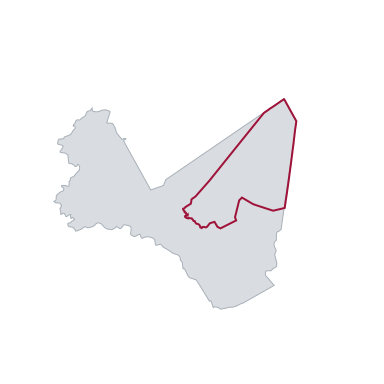 Tombouctou, Timbuktu, Mali shown in context, rotated 61°
{"feature_id": "8926073B54989133575544", "entity_name": "Tombouctou", "entity_type": "district", "adm_level": 2, "iso_a3": "MLI", "parent_name": "Mali", "parent_adm1": "Timbuktu", "projection": "robinson", "projection_center": [-3.022, 20.751], "detail": "fine", "context": "in_parent", "style": "outline", "palette": "rose", "viewbox_px": 384, "rotation_deg": 61, "n_neighbors": 0, "source": "geoboundaries", "source_scale": "gbopen_adm2", "svg_char_len": 6142}
<svg xmlns="http://www.w3.org/2000/svg" viewBox="0 0 384 384"><g transform="rotate(61 192 192)"><path d="M82.9,279.4L83.0,278.1L82.1,277.2L82.0,276.8L82.6,273.1L82.6,272.1L83.0,270.3L82.3,269.4L82.2,268.8L80.7,266.4L80.2,264.4L79.4,263.0L77.6,262.6L76.9,263.8L76.5,263.9L75.8,263.1L75.6,262.4L75.6,261.8L73.2,258.6L73.4,256.9L74.3,256.0L74.7,254.5L73.8,252.8L73.9,251.2L73.8,248.9L72.5,246.9L71.6,246.0L70.8,244.6L71.4,241.4L70.1,238.7L72.7,239.8L73.9,238.8L75.1,237.4L76.1,235.6L76.6,233.3L76.8,231.3L77.9,228.3L79.1,226.8L81.7,224.7L82.4,224.9L86.6,229.4L89.0,231.7L89.8,232.9L90.6,232.9L91.8,230.7L93.1,228.8L93.6,228.3L97.8,228.1L100.0,228.4L102.0,229.0L104.7,229.2L112.1,227.7L112.2,226.8L112.1,225.8L112.4,224.9L113.0,224.2L113.5,224.0L113.7,226.6L114.3,227.0L116.1,227.1L170.2,227.1L172.5,213.8L168.5,209.0L155.1,66.5L180.8,66.5L185.3,69.7L268.0,132.3L268.4,134.3L268.3,137.1L269.0,138.0L270.2,138.9L274.9,141.5L275.2,142.1L275.4,143.2L276.0,144.5L277.0,145.3L278.2,145.9L279.6,146.3L283.8,146.7L284.7,147.4L286.6,149.9L287.6,150.3L293.4,151.7L295.2,152.3L297.3,153.5L298.3,154.5L298.3,158.4L299.2,160.9L299.1,161.5L298.2,162.6L298.0,163.3L297.0,165.3L297.2,166.1L299.2,167.6L300.2,168.0L301.4,168.0L313.5,165.4L313.9,201.7L313.5,202.3L313.2,208.7L312.4,212.5L310.8,215.3L309.9,219.5L309.3,220.3L308.9,222.7L308.0,224.1L306.4,224.6L303.6,227.3L303.4,229.4L296.9,228.3L296.4,228.3L296.1,228.6L296.0,229.7L279.1,230.4L270.9,230.9L265.7,235.8L262.3,236.2L258.1,235.8L255.9,235.8L255.0,236.1L254.9,237.0L248.2,234.5L245.7,235.3L245.3,235.0L244.9,234.5L243.7,234.2L241.8,234.3L240.4,234.7L236.2,238.5L233.9,239.5L229.6,241.8L226.6,243.8L225.5,244.2L223.9,244.2L222.5,244.7L221.3,249.1L220.4,249.5L215.3,247.7L214.3,248.0L213.4,248.5L210.6,251.1L209.2,253.2L208.4,256.0L208.5,257.8L208.0,258.3L206.7,258.5L204.4,257.9L203.6,258.2L203.3,259.5L203.4,262.5L202.8,264.5L201.4,265.2L200.3,266.0L199.5,266.2L198.8,266.0L194.7,263.0L193.3,262.5L191.7,262.8L190.3,264.1L187.6,267.3L187.9,268.4L188.6,269.7L189.2,271.3L189.1,272.8L185.4,274.8L186.2,276.4L186.1,280.5L184.4,282.4L183.8,283.6L182.1,284.9L180.6,285.7L176.1,286.7L174.2,288.1L173.4,289.1L173.2,290.2L173.3,291.6L174.2,294.3L173.9,296.7L173.2,299.6L172.5,300.9L170.3,302.4L170.6,304.3L170.8,307.0L170.5,310.5L169.8,312.8L169.3,312.6L167.3,312.7L165.1,313.4L164.3,314.0L164.1,314.8L162.2,316.7L161.0,316.6L159.8,316.1L159.2,315.6L159.1,315.3L159.9,313.8L159.9,313.2L159.2,310.6L159.3,309.9L159.0,307.9L158.9,307.8L156.4,308.7L156.3,309.0L156.7,310.3L156.4,310.6L155.6,310.5L154.4,310.1L153.0,308.9L152.7,309.3L152.5,310.2L152.5,311.4L152.8,313.4L152.4,314.1L150.3,314.0L148.6,314.2L148.2,314.9L148.0,315.8L148.4,316.7L148.3,317.0L147.6,317.6L147.3,317.6L146.3,316.6L142.5,315.6L142.1,314.3L141.7,314.2L140.5,312.6L140.0,312.6L139.5,312.9L138.0,312.8L136.7,314.2L135.8,316.0L134.7,316.9L133.1,317.3L133.4,316.1L132.9,314.6L129.6,312.6L129.1,311.8L128.2,307.3L128.3,306.0L128.5,304.9L128.4,304.0L128.0,303.3L127.1,302.6L126.0,302.3L124.7,303.2L124.1,303.3L123.5,303.3L123.2,302.9L123.2,302.5L124.7,300.1L125.4,299.1L126.8,298.0L127.1,297.4L127.2,296.9L127.0,296.6L126.1,296.1L124.7,295.0L123.9,294.9L123.2,294.4L122.6,292.7L122.2,292.3L121.5,292.1L120.9,291.7L121.0,287.5L119.6,284.4L118.4,280.3L117.7,279.4L116.6,278.6L115.2,278.0L113.9,277.9L112.5,278.3L112.5,278.7L113.3,280.0L113.4,280.7L113.3,281.4L113.0,281.9L111.1,282.3L108.6,283.8L107.7,285.5L107.1,285.7L106.1,285.5L99.4,282.6L96.6,283.9L94.7,286.4L94.3,287.2L93.4,287.9L92.9,287.9L92.4,287.4L90.5,283.6L89.7,282.7L88.6,282.7L87.7,283.3L86.7,284.6L85.5,285.8L84.8,286.1L84.1,285.9L81.4,283.4L81.2,282.8L82.5,279.8L82.9,279.4Z" fill="#d9dde1" stroke="#a8b0b8" stroke-width="1"/><path d="M238.3,167.2L234.9,166.6L222.2,154.8L221.1,151.0L232.3,144.4L238.2,139.0L247.7,130.1L250.9,118.7L250.4,118.2L249.9,117.9L249.7,117.8L248.9,117.2L248.7,117.0L247.2,115.8L246.7,115.5L246.3,115.1L246.1,115.0L245.7,114.7L243.7,113.2L239.6,110.0L236.5,107.7L234.3,106.0L230.3,103.0L228.7,101.8L226.7,100.3L226.2,100.0L226.2,99.9L225.9,99.7L225.5,99.4L224.9,99.0L224.6,98.8L224.5,98.7L222.0,96.8L218.7,94.4L218.1,93.9L217.9,93.8L217.7,93.6L217.1,93.2L216.1,92.4L215.6,92.0L215.2,91.7L214.9,91.6L214.2,91.1L213.7,90.7L213.4,90.4L212.8,90.0L212.1,89.5L211.8,89.3L211.7,89.2L211.0,88.7L209.6,87.6L208.4,86.8L207.2,85.9L207.0,85.7L206.9,85.7L205.6,84.7L204.2,83.7L203.5,83.2L202.3,82.3L200.7,81.1L200.0,80.6L199.9,80.5L198.7,79.6L194.4,76.6L194.1,76.3L192.8,75.4L192.5,75.2L187.6,71.7L184.2,69.1L183.2,68.3L181.4,67.0L181.1,66.8L180.7,66.4L178.2,66.4L174.7,66.4L174.1,66.4L169.5,66.4L163.6,66.4L159.4,66.4L156.9,66.4L155.5,66.4L155.4,66.5L155.4,66.8L155.5,67.5L155.8,71.0L156.4,77.0L156.7,80.5L156.9,83.4L157.0,84.3L157.2,85.6L157.3,86.4L157.3,86.6L157.4,87.8L157.4,88.1L157.5,88.5L157.5,88.8L157.5,89.2L157.6,89.4L157.6,89.9L157.7,90.5L157.7,90.8L171.0,123.5L175.8,135.3L190.5,171.2L197.6,191.1L197.8,193.0L198.0,194.9L198.3,196.1L199.9,197.2L201.7,198.8L201.9,203.7L202.0,205.1L202.2,205.6L202.3,205.9L202.5,206.4L202.5,206.9L202.5,207.3L202.4,207.6L202.3,207.9L202.5,208.1L202.9,208.0L203.2,208.2L203.6,208.2L204.0,208.2L204.3,208.1L204.6,208.1L204.8,207.9L205.2,207.9L205.7,208.1L206.0,208.2L206.2,207.9L206.3,207.7L206.5,207.6L206.9,207.5L207.1,207.6L207.2,207.8L207.3,207.8L207.5,207.7L207.8,207.5L208.0,207.4L208.4,207.5L208.5,207.5L208.7,207.8L208.8,207.8L208.8,207.7L209.0,207.5L209.0,207.4L209.3,207.2L209.6,207.1L209.8,207.1L210.0,207.1L210.1,206.9L210.0,206.7L210.3,206.8L210.5,206.8L210.5,206.7L210.6,206.9L210.0,208.3L209.8,208.8L209.7,209.4L209.8,209.9L210.4,210.1L212.0,209.4L213.3,208.1L213.1,207.6L213.1,207.3L213.7,206.8L214.2,206.2L214.3,206.1L214.9,205.0L215.2,205.0L215.5,205.0L215.8,205.0L216.3,204.7L216.7,204.7L217.1,204.7L217.6,204.7L218.0,204.7L218.4,204.4L218.6,203.9L218.9,203.7L219.2,203.9L219.7,203.8L220.8,203.8L221.6,203.7L223.2,202.0L223.5,201.9L224.3,201.6L225.1,201.5L226.4,201.5L226.6,201.8L227.0,201.9L227.3,201.7L227.7,201.0L228.2,200.9L227.8,199.6L228.3,198.5L229.6,197.2L229.8,196.0L229.4,194.9L228.0,191.6L229.0,186.8L234.9,186.6L237.6,184.7L238.3,167.2Z" fill="none" stroke="#9f1239" stroke-width="2"/></g></svg>